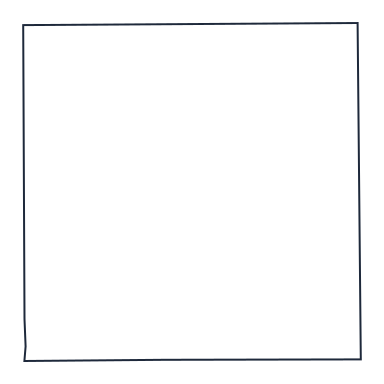 outline of Ogemaw, Michigan, United States of America
{"feature_id": "52423323B55359053905467", "entity_name": "Ogemaw", "entity_type": "district", "adm_level": 2, "iso_a3": "USA", "parent_name": "United States of America", "parent_adm1": "Michigan", "projection": "albers", "projection_center": [-84.223, 44.335], "detail": "fine", "context": "isolated", "style": "outline", "palette": "slate", "viewbox_px": 384, "rotation_deg": 0, "n_neighbors": 0, "source": "geoboundaries", "source_scale": "gbopen_adm2", "svg_char_len": 215}
<svg xmlns="http://www.w3.org/2000/svg" viewBox="0 0 384 384"><path d="M23.2,25.1L24.5,319.0L25.6,346.5L24.4,361.0L164.7,359.8L360.8,359.4L357.6,23.0L23.2,25.1Z" fill="none" stroke="#1e293b" stroke-width="2"/></svg>